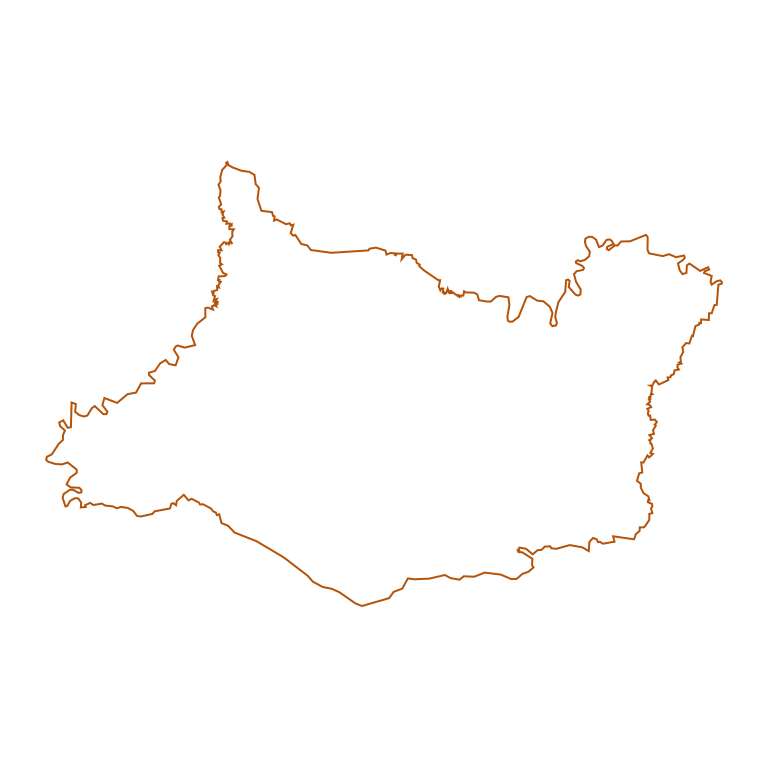 Bojonegoro, Jawa Timur, Indonesia (Mercator projection)
{"feature_id": "22746128B62232019301027", "entity_name": "Bojonegoro", "entity_type": "district", "adm_level": 2, "iso_a3": "IDN", "parent_name": "Indonesia", "parent_adm1": "Jawa Timur", "projection": "mercator", "projection_center": [111.819, -7.228], "detail": "fine", "context": "isolated", "style": "outline", "palette": "amber", "viewbox_px": 768, "rotation_deg": 0, "n_neighbors": 0, "source": "geoboundaries", "source_scale": "gbopen_adm2", "svg_char_len": 6078}
<svg xmlns="http://www.w3.org/2000/svg" viewBox="0 0 768 768"><path d="M80.8,507.4L85.7,507.0L85.1,505.2L90.1,502.9L93.4,505.0L102.0,503.6L104.9,505.5L112.9,506.4L116.8,508.3L121.0,506.9L127.9,508.0L133.2,510.9L137.0,515.9L140.9,516.5L152.4,513.9L154.7,511.3L169.9,508.5L171.4,503.8L173.1,503.1L176.1,505.2L176.7,501.0L183.8,494.8L188.5,500.4L191.6,498.8L199.0,502.6L200.0,504.5L203.2,504.3L211.1,508.6L213.3,511.5L215.8,512.5L216.9,515.1L219.2,514.3L221.5,523.1L228.0,525.7L234.6,532.6L256.5,541.2L283.6,557.3L307.6,575.7L312.9,581.7L322.5,586.9L331.7,588.8L339.5,592.3L355.4,603.4L361.9,606.0L389.2,598.1L393.6,591.9L402.3,588.6L407.9,578.4L414.5,579.3L429.4,578.6L444.9,575.0L450.6,578.1L459.5,579.7L463.8,576.3L474.3,576.7L484.7,572.6L500.8,574.6L511.4,579.1L516.6,578.9L522.4,573.9L528.4,571.8L533.5,567.4L532.0,565.0L532.4,558.8L522.2,552.3L518.5,552.1L517.7,550.5L519.2,550.4L518.5,548.7L519.6,547.6L526.0,548.8L532.7,554.3L537.6,550.2L541.6,549.8L544.8,546.6L550.2,546.3L551.3,548.3L556.4,548.8L569.7,545.1L582.3,547.3L588.8,551.1L589.4,541.9L593.0,538.0L596.6,539.3L598.1,542.2L599.8,541.8L603.0,543.7L614.5,541.7L613.1,536.3L634.0,539.3L635.9,534.1L639.6,530.9L639.8,527.3L643.9,527.3L645.2,526.0L649.3,519.9L649.3,513.9L652.3,513.1L651.0,508.4L652.3,506.7L652.0,503.9L647.9,502.2L648.2,500.1L649.4,500.2L648.4,496.4L643.6,493.2L640.8,487.8L640.8,483.8L637.0,480.9L639.1,473.4L642.3,472.4L641.2,462.4L643.5,462.5L647.5,455.4L649.1,457.4L652.9,453.9L650.4,452.9L652.9,448.5L651.6,444.1L650.3,443.5L650.5,441.4L648.6,439.6L650.0,440.0L652.0,438.3L649.4,435.1L654.0,433.9L653.0,430.3L655.8,425.5L654.7,424.6L656.9,422.0L654.9,419.6L650.7,419.9L650.1,415.5L648.6,415.7L647.8,413.1L648.7,411.1L647.3,408.9L651.2,407.0L649.6,404.9L647.3,404.3L650.1,401.7L648.9,399.3L650.3,399.1L650.1,397.2L648.3,397.3L650.5,396.7L650.8,394.2L652.4,394.1L651.4,393.0L652.1,386.5L650.2,385.6L652.4,385.4L654.1,381.9L655.9,381.2L655.2,379.6L658.9,384.5L668.3,380.1L667.6,377.5L670.4,377.3L671.0,375.4L673.8,374.1L674.5,370.4L678.8,369.5L677.4,367.6L677.6,364.7L681.2,363.6L679.5,362.5L680.9,362.2L680.4,357.2L683.3,351.9L682.4,347.3L686.0,343.1L689.3,343.4L692.0,335.7L693.0,336.1L695.4,326.1L699.2,324.5L699.3,323.0L701.0,323.2L701.2,319.4L708.8,320.0L709.1,313.2L711.7,313.3L714.4,305.2L716.7,304.9L718.4,284.7L721.8,283.6L721.9,282.3L720.3,280.4L716.7,281.2L711.7,284.6L710.6,281.9L711.7,275.9L704.0,273.0L704.7,271.3L709.2,269.5L708.1,267.2L700.1,270.9L689.5,263.6L686.9,265.3L686.4,272.9L682.5,274.1L679.6,270.1L678.0,263.4L683.6,259.5L684.8,257.5L684.0,255.5L676.1,257.2L669.0,254.2L662.8,256.1L648.9,253.3L647.5,249.7L647.7,237.2L646.0,234.9L630.0,241.3L621.0,241.5L617.6,245.5L614.9,245.4L608.7,250.2L606.8,248.9L607.2,246.8L613.5,244.0L611.6,240.6L609.4,239.4L606.5,240.0L602.6,245.6L599.0,247.1L596.0,239.6L592.1,236.9L589.1,236.7L585.5,238.5L584.9,241.8L586.1,246.2L589.8,251.6L589.2,256.2L584.9,259.9L580.1,261.3L577.6,260.2L575.8,261.6L576.2,263.1L582.3,265.9L584.0,268.1L583.1,269.9L576.6,271.2L574.0,274.1L576.0,281.7L580.7,289.5L580.4,294.4L578.1,295.6L575.4,294.6L568.8,287.0L569.6,280.8L568.1,279.6L566.1,280.2L565.2,291.9L558.4,302.2L556.1,311.4L555.2,316.9L556.9,323.0L556.0,325.4L552.4,326.2L550.2,323.3L552.5,313.0L549.7,306.6L543.4,301.3L537.4,300.7L529.8,296.1L526.6,297.1L518.7,316.8L512.5,321.6L509.5,321.7L507.9,320.6L507.4,316.5L509.4,305.0L508.4,297.3L499.5,295.9L496.0,296.9L490.9,301.5L486.4,301.5L479.0,300.2L477.2,294.3L474.1,292.7L465.6,292.4L464.1,291.3L463.4,295.6L461.3,295.4L460.9,296.5L458.7,295.2L458.8,296.7L450.6,290.8L449.4,291.3L451.0,293.1L449.3,293.2L447.7,288.8L446.3,293.1L443.5,294.3L444.6,293.4L444.5,292.3L442.7,292.4L443.3,288.6L441.6,288.4L440.3,290.3L438.8,286.6L440.1,280.2L438.3,280.2L424.0,270.4L419.1,266.0L419.7,264.6L416.7,262.8L416.0,259.6L412.6,258.1L412.0,255.1L405.5,254.7L401.7,259.3L402.7,253.6L396.7,253.6L395.8,255.3L394.8,254.8L395.6,253.4L390.3,253.0L386.5,254.6L385.5,250.6L375.9,247.6L369.5,248.7L368.4,250.4L331.2,252.8L310.9,250.0L307.3,245.4L301.3,244.0L295.4,235.0L293.2,235.7L290.7,233.1L293.3,224.7L290.8,225.3L289.8,223.3L286.0,224.2L276.6,219.4L274.1,220.6L274.6,216.4L273.1,215.9L272.0,212.1L261.4,210.8L257.5,198.9L259.0,187.9L255.7,184.2L254.5,175.0L249.2,171.8L241.6,170.8L232.6,167.4L228.7,165.3L227.3,162.0L226.2,162.7L226.8,164.9L222.2,169.9L220.3,177.0L220.7,181.4L218.5,184.7L220.5,190.4L220.0,196.0L218.8,197.4L221.2,204.4L218.8,206.9L219.5,209.2L221.5,209.3L221.7,212.3L223.6,211.6L222.4,214.4L224.3,217.7L222.4,218.1L223.1,220.8L227.0,221.4L226.4,223.8L229.7,223.4L230.2,225.1L231.7,224.2L231.7,225.7L229.3,226.3L229.4,229.1L233.8,229.3L232.2,231.8L232.5,236.2L229.9,239.9L232.3,244.0L230.1,241.7L229.0,244.1L228.5,242.7L226.3,244.1L226.0,242.7L223.9,242.2L219.7,246.9L221.5,250.4L218.0,250.3L218.1,252.1L219.7,252.9L218.4,255.0L220.3,258.1L220.1,263.0L221.9,264.4L219.2,265.6L223.0,272.9L226.5,274.5L225.1,276.1L218.7,276.4L218.0,280.0L219.5,280.0L219.2,281.9L220.6,281.9L218.3,285.3L218.9,287.3L217.1,286.3L217.2,290.0L213.5,291.1L213.6,292.7L212.2,292.0L213.2,295.3L215.0,296.1L213.7,300.6L216.8,299.1L215.6,301.6L217.7,301.9L217.4,304.0L214.8,302.9L216.3,306.3L214.1,305.2L211.9,306.4L213.0,309.6L207.8,307.6L205.3,308.2L205.4,317.3L197.2,323.7L193.0,330.1L191.8,335.8L195.1,345.1L184.6,347.6L177.6,345.5L175.7,346.5L173.8,349.7L178.5,357.4L175.6,365.3L169.2,364.1L165.7,360.0L160.2,363.3L155.0,370.9L149.0,372.8L149.1,375.1L154.9,380.6L154.1,383.3L141.1,383.4L136.0,392.6L127.7,394.1L117.1,402.9L104.4,398.0L102.4,405.1L107.4,411.8L106.4,414.1L103.4,414.2L94.8,406.1L91.9,408.1L87.4,415.5L84.1,416.5L79.2,415.1L75.1,411.7L75.9,404.1L71.6,402.5L70.9,427.2L67.7,427.8L63.2,420.3L59.2,422.5L60.1,426.1L64.9,430.5L63.0,435.1L62.9,440.0L58.8,443.7L51.9,454.3L46.9,456.8L46.1,459.7L48.2,461.8L55.5,464.0L62.1,464.4L67.7,462.5L76.7,469.6L76.8,472.7L70.0,477.7L66.6,484.5L70.8,487.4L79.3,487.8L81.4,489.8L81.4,492.3L78.5,492.9L73.3,489.9L69.8,489.8L63.7,494.0L62.6,497.8L65.5,506.4L67.2,506.0L70.1,500.9L75.0,498.1L78.3,498.5L81.2,502.6L80.8,507.4Z" fill="none" stroke="#b45309" stroke-width="2"/></svg>